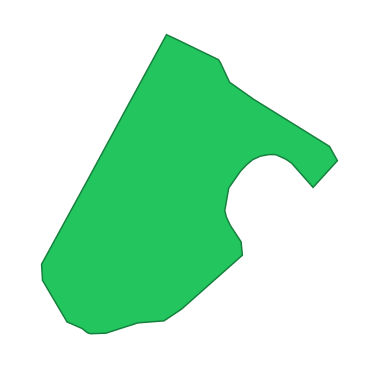 map outline of Masaya (Natural Earth projection), rotated 187°
{"feature_id": "NIC-660", "entity_name": "Masaya", "entity_type": "Department", "adm_level": 1, "iso_a3": "NIC", "parent_name": "Nicaragua", "parent_adm1": "", "projection": "natural_earth1", "projection_center": [-86.121, 12.004], "detail": "fine", "context": "isolated", "style": "filled", "palette": "green", "viewbox_px": 384, "rotation_deg": 187, "n_neighbors": 0, "source": "natural_earth", "source_scale": "10m", "svg_char_len": 624}
<svg xmlns="http://www.w3.org/2000/svg" viewBox="0 0 384 384"><g transform="rotate(187 192 192)"><path d="M300.2,47.8L329.6,86.1L332.5,102.0L296.7,192.1L265.0,272.9L261.9,280.7L253.5,302.0L236.5,345.0L228.9,342.6L181.8,326.5L179.7,324.0L168.1,305.5L142.1,291.5L61.1,254.0L51.5,240.8L72.4,211.3L96.7,232.8L102.8,236.0L113.4,239.3L120.3,238.5L128.6,235.9L135.7,231.5L141.2,225.6L146.2,218.9L156.0,200.5L157.2,177.5L154.8,171.3L150.0,163.6L137.2,148.5L134.3,135.4L188.1,74.5L204.1,60.7L229.8,55.5L260.2,41.4L275.2,39.0L278.0,39.4L279.6,40.1L284.4,43.1L300.2,47.8Z" fill="#22c55e" stroke="#15803d" stroke-width="1.5"/></g></svg>